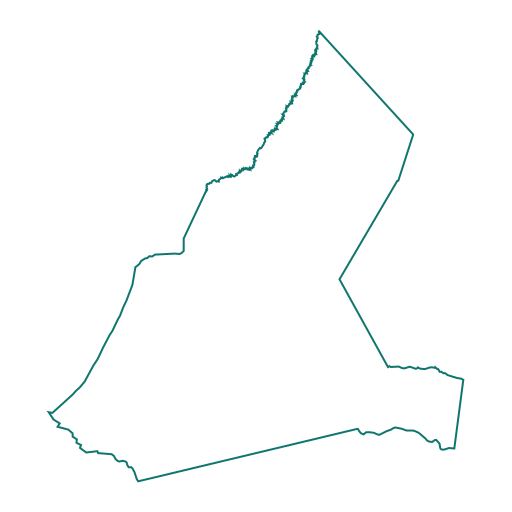 outline of Sesheke, Western, Zambia
{"feature_id": "96606910B16407097160512", "entity_name": "Sesheke", "entity_type": "district", "adm_level": 2, "iso_a3": "ZMB", "parent_name": "Zambia", "parent_adm1": "Western", "projection": "natural_earth1", "projection_center": [23.989, -16.932], "detail": "fine", "context": "isolated", "style": "outline", "palette": "teal", "viewbox_px": 512, "rotation_deg": 0, "n_neighbors": 0, "source": "geoboundaries", "source_scale": "gbopen_adm2", "svg_char_len": 5956}
<svg xmlns="http://www.w3.org/2000/svg" viewBox="0 0 512 512"><path d="M318.6,30.7L319.4,34.0L317.6,34.7L317.6,35.9L316.8,36.5L317.8,38.2L317.2,38.8L316.9,41.1L316.2,41.5L316.4,44.1L317.5,45.5L317.1,46.7L317.3,47.8L317.0,47.6L316.3,48.4L316.5,48.9L315.8,49.4L315.9,49.8L316.3,49.6L316.3,51.2L315.7,51.8L315.8,52.2L315.4,51.8L315.6,52.8L314.9,53.5L315.2,53.9L314.8,53.9L314.0,54.9L314.7,55.1L314.2,55.4L314.2,56.0L313.5,55.6L313.4,56.0L313.0,55.7L313.0,56.3L312.1,56.3L312.4,57.9L311.9,58.2L312.5,58.4L312.2,59.2L312.6,58.7L312.7,59.3L311.7,59.7L311.8,60.4L311.3,60.3L310.7,61.2L310.7,61.5L311.4,61.4L311.1,61.9L311.4,62.5L311.1,63.3L310.5,63.5L310.7,63.8L310.7,64.1L310.3,63.7L310.5,64.2L310.3,64.8L310.6,65.0L309.8,65.2L309.8,66.4L308.6,67.1L308.7,68.1L308.0,68.1L307.3,69.1L307.6,69.9L307.0,70.0L307.4,70.6L307.0,70.7L307.6,71.2L307.1,71.3L306.8,71.8L307.1,71.9L306.3,72.7L306.7,72.6L306.8,73.0L306.5,72.8L305.9,73.4L305.5,72.9L305.1,74.0L304.7,73.9L305.0,74.4L304.0,75.9L304.3,76.6L303.8,77.0L304.0,77.6L303.6,77.6L302.8,78.5L303.1,78.8L302.8,79.1L303.5,78.9L304.3,79.6L304.0,80.4L304.3,80.5L304.2,81.7L304.7,82.0L304.0,82.4L304.0,82.9L303.5,82.9L303.3,84.0L302.0,84.1L302.0,83.6L301.4,84.3L301.0,84.1L300.7,85.2L301.0,85.6L300.3,86.7L300.6,87.3L300.3,88.0L300.0,87.8L299.9,88.8L297.4,90.0L297.1,90.4L297.5,90.8L296.7,91.7L296.5,92.1L296.7,92.3L295.8,93.2L296.3,93.8L295.9,94.9L296.2,95.2L295.7,95.2L295.5,95.9L295.2,95.6L295.3,96.1L294.8,95.9L294.8,96.2L293.9,96.5L293.0,96.1L292.8,96.8L292.7,96.6L292.4,96.6L292.7,97.0L292.1,97.6L292.5,98.3L292.0,99.0L292.3,99.6L291.6,99.9L291.7,100.9L292.3,100.9L291.8,101.6L292.1,101.7L291.7,102.3L291.9,102.9L291.5,102.8L291.7,103.5L291.1,103.6L290.7,103.1L290.8,103.9L290.5,103.3L290.4,103.7L290.0,103.5L289.1,104.1L289.1,105.1L288.3,105.6L288.5,105.9L287.8,106.9L287.3,106.8L287.4,107.2L287.1,106.8L286.9,107.2L286.6,106.8L286.6,107.6L286.3,107.4L286.2,108.1L286.5,108.1L285.9,108.4L286.4,111.1L286.1,111.3L285.9,110.8L285.3,111.6L285.1,111.6L285.4,111.1L284.6,111.4L283.0,113.9L283.5,115.1L283.7,114.7L283.9,115.6L283.1,115.3L283.4,115.7L283.2,116.8L283.6,116.8L283.0,117.1L283.3,118.2L283.0,118.0L282.7,118.7L282.3,118.3L282.2,119.1L281.8,118.9L281.6,119.3L282.0,120.2L281.6,120.5L281.2,120.1L281.0,120.6L280.5,120.2L281.0,120.8L280.8,121.2L280.3,120.8L280.1,121.3L280.5,121.4L279.6,121.8L279.4,122.1L279.6,122.6L279.3,122.5L279.0,122.8L279.4,122.9L278.7,123.4L278.8,122.7L278.0,122.5L278.3,123.0L277.9,123.4L278.0,123.9L277.2,123.9L277.5,124.2L277.3,124.9L276.9,124.5L277.2,125.1L276.9,125.3L277.2,125.3L277.1,126.0L276.5,126.2L276.9,126.7L276.6,128.1L277.1,128.7L276.1,128.7L276.5,129.1L276.1,129.1L275.9,129.8L275.0,130.0L274.8,129.4L274.5,130.0L274.3,129.5L273.7,130.5L272.9,130.4L272.9,130.8L272.5,130.7L272.8,131.3L272.1,131.1L271.6,131.9L271.3,131.7L271.4,132.5L270.9,132.6L271.2,133.0L270.3,132.6L269.9,133.2L269.5,133.1L269.7,134.0L269.0,133.7L269.2,134.7L268.1,135.0L268.5,135.5L267.5,136.3L267.8,136.9L266.9,137.6L266.2,137.4L264.5,138.7L264.9,139.3L265.2,141.6L264.2,142.5L263.8,144.1L261.2,148.1L260.8,148.3L259.9,147.9L258.0,150.3L257.0,152.8L257.2,154.0L257.4,154.0L257.0,155.0L257.3,155.4L257.1,156.5L256.5,156.7L256.6,156.3L256.1,156.4L256.0,155.8L255.2,155.9L255.3,156.4L254.8,156.6L254.6,157.8L253.9,159.0L254.7,159.3L254.7,160.4L255.0,160.6L254.5,160.7L254.7,161.2L254.2,161.8L254.6,162.2L254.3,163.0L254.0,162.9L254.3,164.9L253.5,165.8L253.5,166.4L253.1,166.1L253.1,167.2L252.5,167.2L252.2,168.1L251.1,167.9L251.0,168.4L250.5,168.5L250.5,169.0L250.2,168.6L250.2,169.2L249.5,168.6L249.1,169.8L248.2,169.4L248.3,168.8L247.6,169.2L247.6,168.6L246.6,168.7L246.6,168.2L246.0,167.9L245.5,168.1L245.5,168.7L245.2,168.7L245.5,168.2L245.0,168.2L244.8,169.1L243.7,169.0L243.6,169.3L243.3,168.7L243.2,169.0L242.2,168.9L242.4,169.7L241.3,171.1L241.1,170.8L240.8,171.3L240.7,170.8L239.9,171.7L239.6,171.2L239.5,172.1L239.0,172.7L238.7,172.3L237.9,173.3L236.4,173.9L236.7,174.8L236.2,174.7L236.3,175.1L234.4,176.5L233.2,176.2L232.4,175.1L231.7,174.7L231.3,174.9L231.2,175.5L230.9,175.0L230.8,175.4L230.5,175.1L229.9,175.5L230.1,176.5L229.7,176.0L229.8,176.7L228.5,176.2L228.2,176.8L227.4,176.3L227.1,176.8L226.5,176.5L223.0,178.2L222.5,177.6L222.2,178.0L221.1,177.6L221.0,178.2L218.9,179.9L218.7,181.6L217.8,181.2L216.5,181.6L214.7,180.1L213.7,180.3L212.1,181.2L211.4,182.8L209.7,182.9L209.2,183.8L207.4,183.9L206.6,184.9L206.5,185.7L207.0,186.3L206.5,187.5L207.1,188.9L206.3,189.6L206.9,190.2L206.5,190.9L206.3,190.5L183.7,238.5L183.7,250.9L182.0,252.7L179.7,254.0L174.9,253.6L155.0,254.6L152.1,256.5L149.3,256.2L147.3,258.1L145.2,258.4L141.1,261.0L139.4,264.0L135.4,267.2L132.4,284.9L126.6,300.2L123.1,307.6L120.0,315.8L117.8,319.5L112.5,330.7L109.5,335.3L103.0,347.7L97.7,359.0L93.4,365.5L84.7,381.5L79.7,387.5L75.7,391.1L72.8,394.4L52.4,412.9L48.7,412.2L53.6,419.6L59.7,423.4L57.6,426.8L68.3,429.6L72.6,433.3L72.7,436.7L76.8,439.3L76.5,442.8L81.0,445.0L80.0,447.9L86.2,452.5L97.4,451.2L98.1,453.1L111.6,454.2L113.8,455.8L115.7,459.3L118.1,461.2L119.3,461.5L122.7,460.8L125.7,461.6L126.7,462.6L127.2,464.8L128.6,467.2L131.5,467.3L132.6,468.7L134.5,472.2L136.8,479.2L138.2,481.3L357.2,428.9L358.1,429.1L358.8,430.7L361.0,433.3L363.6,434.4L366.0,432.3L369.1,432.2L373.9,432.8L377.3,434.4L379.4,434.8L386.8,431.1L390.7,429.8L393.5,428.0L395.4,427.5L401.1,428.6L406.5,430.5L412.7,430.5L415.0,431.1L418.7,432.8L425.3,438.4L427.1,440.5L428.9,441.5L432.1,442.0L434.8,440.1L436.2,439.9L439.5,443.6L440.2,447.9L440.6,448.8L441.9,449.6L444.2,449.6L449.0,448.0L454.3,448.5L463.3,379.8L461.3,378.7L457.0,378.0L447.6,375.1L445.2,373.2L443.3,373.2L441.4,371.8L439.7,371.8L438.3,369.2L437.4,369.1L435.3,367.3L435.2,367.9L432.1,367.3L430.1,367.4L424.9,369.1L419.9,368.6L417.9,367.4L417.3,368.2L415.8,368.8L409.8,366.7L404.2,368.4L401.8,368.0L399.1,366.7L397.8,366.6L390.9,367.0L389.4,366.2L388.0,367.1L339.5,279.3L397.2,181.0L398.3,180.7L413.2,134.5L318.6,30.7Z" fill="none" stroke="#0f766e" stroke-width="2"/></svg>